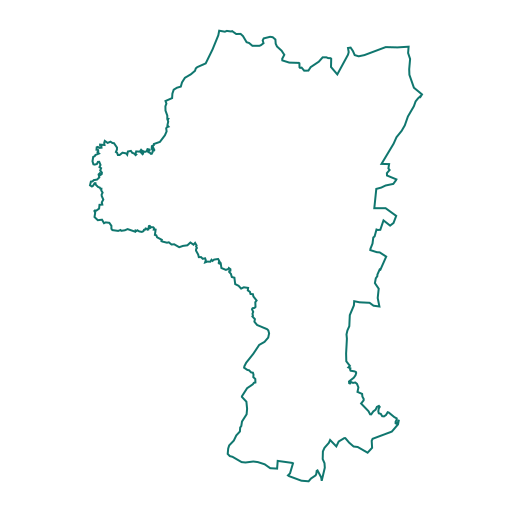 Baranoa, Atlántico, Colombia (Robinson projection)
{"feature_id": "7082276B40558284352114", "entity_name": "Baranoa", "entity_type": "district", "adm_level": 2, "iso_a3": "COL", "parent_name": "Colombia", "parent_adm1": "Atlántico", "projection": "robinson", "projection_center": [-74.921, 10.782], "detail": "fine", "context": "isolated", "style": "outline", "palette": "teal", "viewbox_px": 512, "rotation_deg": 0, "n_neighbors": 0, "source": "geoboundaries", "source_scale": "gbopen_adm2", "svg_char_len": 6009}
<svg xmlns="http://www.w3.org/2000/svg" viewBox="0 0 512 512"><path d="M224.9,31.7L219.2,30.7L218.3,35.3L212.6,49.3L205.7,63.4L197.3,67.1L195.8,68.4L195.0,70.8L191.0,74.2L184.9,77.8L182.0,82.4L180.8,86.6L177.0,87.7L173.7,89.7L172.4,93.6L172.1,98.1L165.5,101.0L166.4,103.6L165.4,106.3L165.5,110.6L167.3,115.6L167.3,118.8L168.3,118.9L167.7,120.1L168.2,121.6L167.4,125.3L168.5,126.6L166.9,127.2L166.2,128.3L166.6,131.4L164.9,135.3L159.9,141.9L153.9,144.0L153.8,145.2L151.9,146.1L151.7,148.5L153.2,147.6L154.3,150.0L154.0,150.4L152.7,149.4L152.6,152.1L151.7,153.8L150.8,153.8L149.7,152.5L148.4,152.2L148.0,151.3L149.4,150.2L149.2,149.5L147.5,149.1L146.6,151.3L144.9,151.9L143.0,151.1L143.1,153.6L142.6,154.2L141.0,152.5L141.8,152.2L142.1,150.8L141.1,149.8L140.6,150.5L141.2,151.0L140.3,151.7L136.2,151.4L135.4,154.3L136.1,154.6L135.6,155.1L134.1,153.5L132.2,152.8L130.9,150.9L127.9,151.5L127.2,154.7L126.2,153.4L122.5,152.7L119.6,155.0L117.9,155.0L117.1,152.8L115.9,152.0L116.9,149.7L117.0,147.6L114.0,143.2L112.4,143.0L110.5,141.7L107.6,142.9L104.8,140.9L104.2,142.9L104.5,145.0L100.1,144.6L100.1,145.4L101.3,145.3L101.5,147.7L99.4,147.9L97.8,146.9L96.7,147.3L96.5,149.7L97.9,149.8L98.3,151.1L97.5,152.1L99.0,153.5L95.4,155.0L94.7,156.2L93.2,156.9L92.5,161.3L93.4,164.3L94.7,164.6L96.9,164.0L97.9,161.9L99.2,161.8L100.5,164.9L99.5,167.1L101.1,168.2L100.2,170.4L101.9,172.6L101.7,174.1L100.6,174.9L99.7,173.3L98.6,174.4L99.3,177.4L97.0,179.6L93.8,180.1L92.5,181.4L90.9,181.6L90.0,185.3L91.9,186.5L93.0,185.8L94.6,183.2L95.5,183.2L95.7,184.6L98.1,187.0L99.8,187.6L100.3,188.6L101.4,188.7L101.3,190.5L102.6,192.6L101.6,194.7L101.7,195.9L103.3,199.6L101.8,202.3L102.3,204.6L99.5,204.8L99.1,208.6L96.2,210.7L95.0,210.4L94.4,211.0L95.2,212.7L94.5,217.0L97.8,220.2L102.0,219.7L104.0,223.2L105.7,222.4L109.3,222.8L111.4,225.8L111.4,228.8L112.4,230.1L118.2,230.9L120.5,230.0L121.3,230.8L124.8,230.3L127.6,229.1L135.2,231.7L135.5,230.5L136.5,231.0L137.4,230.3L139.2,231.4L141.8,231.9L143.4,231.2L144.0,229.8L145.0,229.7L145.6,228.5L146.8,228.8L147.4,229.7L148.3,229.5L148.4,228.5L150.0,228.0L149.8,227.1L148.8,226.8L148.9,226.1L149.7,225.9L150.9,227.2L153.3,227.3L154.2,228.4L153.8,229.6L155.6,229.7L154.9,234.9L156.3,235.3L157.1,237.3L161.8,239.8L161.4,241.0L162.2,241.5L167.0,242.7L168.8,242.3L171.5,244.5L174.2,244.3L179.2,247.2L183.0,245.9L187.4,245.3L190.4,242.5L193.5,244.7L195.1,242.9L196.6,245.5L196.1,246.5L196.9,248.0L196.1,249.1L196.0,250.6L198.2,254.6L198.8,257.1L201.1,257.1L202.7,258.8L205.1,258.3L205.8,260.2L205.1,262.4L207.3,261.6L210.3,261.7L211.5,259.8L212.5,260.9L214.1,259.6L218.1,259.0L219.2,260.9L218.7,263.0L219.2,263.5L220.2,262.5L220.7,263.1L221.4,268.0L225.9,269.9L228.7,268.8L228.9,268.1L230.4,269.2L230.4,270.7L229.2,271.2L229.2,272.0L230.9,273.8L231.8,277.0L234.4,277.7L235.2,284.1L238.6,285.8L241.1,288.6L243.8,287.3L248.1,287.9L247.8,290.4L249.9,291.8L250.5,294.0L252.9,294.2L253.4,296.5L256.6,300.5L255.3,302.2L255.5,306.9L254.5,307.9L252.6,308.2L252.0,309.2L253.2,311.9L252.5,313.8L252.9,315.7L252.4,316.5L254.9,319.1L254.4,321.7L257.1,325.0L267.1,329.2L268.3,330.4L269.1,333.4L268.2,337.6L264.5,341.9L259.2,344.9L253.3,353.8L246.2,362.7L244.4,366.2L244.1,367.7L247.3,369.9L249.1,370.3L251.1,372.4L252.9,372.7L253.5,374.6L253.3,377.1L255.3,379.0L255.4,382.5L253.9,382.8L252.8,384.3L247.1,388.2L241.9,396.3L241.9,396.9L246.4,401.7L247.1,408.8L246.6,414.3L242.0,421.5L241.3,426.0L240.2,427.5L239.9,431.5L236.3,435.4L233.8,440.6L229.2,445.4L228.2,448.5L227.7,453.9L229.8,456.1L232.5,456.8L241.6,462.1L245.5,462.5L253.3,461.5L257.9,462.1L264.7,464.3L270.2,468.2L277.1,468.6L277.7,460.9L292.1,462.9L293.0,463.3L290.0,473.4L288.0,475.4L289.0,476.1L301.4,480.7L308.6,481.3L311.0,478.5L315.6,475.4L316.3,473.9L316.7,470.9L317.5,470.4L321.2,477.4L321.7,480.8L324.8,467.7L324.5,463.2L322.7,459.1L322.9,451.4L324.5,447.8L328.9,442.8L330.1,440.0L336.3,446.4L338.7,441.5L344.3,438.1L345.3,438.1L349.1,442.6L353.6,446.5L357.7,447.0L367.6,452.7L372.1,447.8L371.7,440.8L372.6,438.8L391.8,431.6L398.0,424.4L398.9,419.8L397.7,422.6L396.3,423.6L395.6,423.3L395.6,421.8L396.7,419.6L396.7,418.4L394.3,417.1L388.7,412.5L387.7,412.2L386.0,415.0L384.0,416.4L382.2,416.2L380.8,413.9L378.8,413.3L378.3,411.5L378.7,408.6L379.7,406.9L378.9,405.9L376.9,406.9L375.6,409.7L373.3,411.4L371.2,414.4L370.1,414.3L368.5,411.2L361.1,403.5L363.6,400.4L363.7,399.0L362.4,396.6L362.1,393.9L357.5,391.9L358.4,387.4L357.0,383.9L355.3,382.5L353.0,382.9L351.2,382.1L350.0,383.5L349.2,383.2L349.0,381.5L353.8,377.7L355.5,375.3L356.2,373.0L355.9,372.0L354.6,371.4L350.6,370.7L350.1,369.6L350.4,368.3L348.4,367.4L349.9,365.9L346.3,361.3L346.1,353.5L346.9,338.7L346.5,334.4L347.4,330.5L349.3,326.2L349.8,315.1L353.9,305.4L354.2,301.2L359.5,302.3L369.6,302.8L373.5,305.7L379.4,306.5L377.7,298.0L378.7,288.7L374.9,283.1L375.8,278.3L377.3,276.2L377.4,274.6L379.7,269.4L380.4,269.7L386.2,256.6L379.7,252.4L376.9,252.2L370.3,250.1L370.4,248.9L372.5,243.6L373.3,237.5L374.6,236.4L376.5,229.5L377.8,230.0L380.3,229.8L383.5,220.4L390.1,225.6L393.5,223.0L396.2,215.9L385.6,208.2L374.3,208.2L376.3,188.9L381.2,187.6L385.6,185.5L393.3,183.9L396.0,180.2L396.4,179.4L387.0,175.5L386.9,173.1L389.6,170.0L388.4,168.4L389.1,164.1L381.5,163.9L393.6,143.7L396.5,137.2L401.6,130.9L404.8,125.4L407.9,116.5L413.9,106.2L415.6,101.4L418.0,98.4L420.4,96.2L420.6,96.6L422.0,94.4L413.9,87.7L409.4,74.8L409.2,69.2L410.1,59.0L408.1,53.0L408.6,46.7L397.5,47.4L385.7,47.1L364.4,55.1L358.7,56.3L354.7,55.1L352.9,51.0L350.6,47.6L348.0,48.0L348.7,52.1L348.0,54.7L337.3,74.4L331.0,67.0L331.2,58.8L330.6,58.2L328.1,58.1L326.3,57.3L322.7,57.3L318.8,61.7L310.7,67.1L308.4,70.6L304.2,70.7L301.6,67.6L300.1,67.9L299.5,67.3L299.4,63.3L298.9,62.9L289.3,62.6L282.3,60.4L282.2,58.8L284.3,54.8L281.6,50.7L277.0,46.5L275.7,43.7L275.4,39.5L272.7,37.2L270.1,36.8L263.7,38.4L262.7,40.4L263.5,43.2L260.9,45.2L259.4,45.8L252.4,45.8L249.1,43.0L246.6,42.2L243.0,36.1L240.6,33.9L236.2,34.0L232.1,31.1L231.2,31.5L226.8,30.9L224.9,31.7Z" fill="none" stroke="#0f766e" stroke-width="2"/></svg>